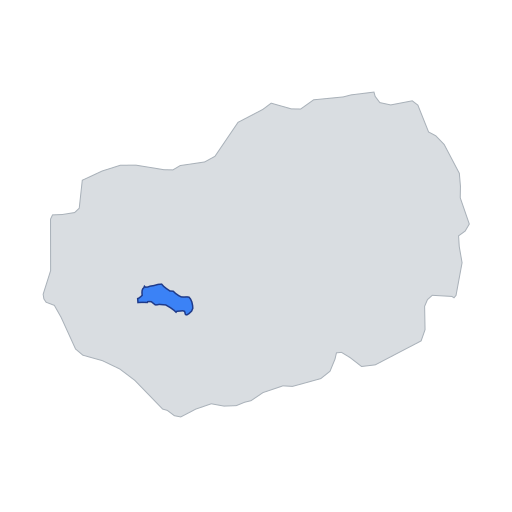 Karbinci on a map of North Macedonia (Robinson projection), rotated 176°
{"feature_id": "MKD-2934", "entity_name": "Karbinci", "entity_type": "Statistical Region", "adm_level": 1, "iso_a3": "MKD", "parent_name": "North Macedonia", "parent_adm1": "", "projection": "robinson", "projection_center": [22.284, 41.787], "detail": "fine", "context": "in_parent", "style": "filled", "palette": "blue", "viewbox_px": 512, "rotation_deg": 176, "n_neighbors": 0, "source": "natural_earth", "source_scale": "10m", "svg_char_len": 1916}
<svg xmlns="http://www.w3.org/2000/svg" viewBox="0 0 512 512"><g transform="rotate(176 256 256)"><path d="M228.9,123.4L238.2,124.6L258.5,119.3L271.1,112.0L277.6,110.9L286.1,108.1L298.4,108.5L310.9,111.7L326.7,107.5L342.3,100.7L348.6,102.4L355.3,108.2L359.8,109.8L385.6,140.4L399.8,152.8L416.5,162.3L435.6,169.1L442.5,175.8L454.7,208.4L460.6,220.8L468.6,224.5L470.6,228.0L471.0,232.7L461.9,255.7L458.4,307.1L456.1,311.2L446.6,310.9L433.9,312.0L429.0,316.0L424.0,343.7L403.6,351.5L385.0,356.0L369.4,355.0L341.9,348.5L332.9,347.7L325.3,351.5L300.7,353.4L290.0,358.3L264.6,390.6L238.9,401.8L230.2,407.4L210.6,400.3L201.2,399.5L187.6,407.8L157.9,408.6L149.8,410.1L126.9,411.3L126.0,406.9L121.8,400.4L111.1,397.3L89.3,399.9L84.0,395.2L75.2,367.7L68.2,363.3L60.5,354.1L47.4,324.3L47.2,311.2L48.2,299.8L41.0,273.0L45.6,266.3L52.5,262.0L52.6,251.3L50.9,234.9L59.2,202.8L61.4,200.5L63.4,202.0L82.9,204.5L88.0,200.5L91.3,194.1L92.5,170.7L97.2,159.8L144.6,139.1L158.4,138.4L169.0,147.9L177.4,153.9L182.5,153.8L184.4,147.6L190.2,135.9L199.9,129.2L228.6,123.4L228.9,123.4Z" fill="#d9dde1" stroke="#a8b0b8" stroke-width="1"/><path d="M329.1,202.1L330.2,202.4L330.7,203.2L330.7,204.2L331.2,205.8L333.0,206.5L335.0,206.4L337.4,206.4L339.0,206.3L339.7,205.5L341.4,207.4L345.1,210.5L349.5,213.5L352.9,214.0L356.0,214.5L358.0,214.2L359.9,214.3L362.0,216.2L363.6,217.7L365.7,218.0L367.2,218.0L367.7,217.2L369.5,217.4L372.8,217.7L376.3,217.8L377.0,217.8L377.0,220.3L377.0,221.8L375.9,222.1L373.9,223.4L372.3,224.7L372.3,227.4L372.0,229.5L371.3,231.1L370.0,232.3L369.4,233.6L368.5,232.6L366.1,232.6L363.7,233.3L360.1,233.6L355.6,234.5L352.1,234.5L350.2,232.1L347.7,229.8L344.3,227.1L342.8,226.9L341.0,226.6L338.9,224.3L335.8,221.8L333.4,220.4L330.9,220.1L327.6,220.0L325.7,219.6L324.3,217.6L323.2,214.6L322.7,211.0L322.7,208.2L324.1,205.5L326.8,203.3L327.1,203.1L329.1,202.1Z" fill="#3b82f6" stroke="#1e3a8a" stroke-width="1.5"/></g></svg>